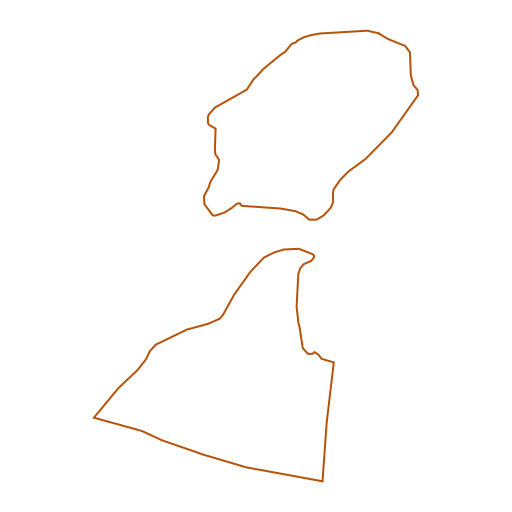 the district of Ifira, Vanuatu
{"feature_id": "77236927B32680405740537", "entity_name": "Ifira", "entity_type": "district", "adm_level": 2, "iso_a3": "VUT", "parent_name": "Vanuatu", "parent_adm1": "", "projection": "orthographic", "projection_center": [168.294, -17.753], "detail": "fine", "context": "isolated", "style": "outline", "palette": "amber", "viewbox_px": 512, "rotation_deg": 0, "n_neighbors": 0, "source": "geoboundaries", "source_scale": "gbopen_adm2", "svg_char_len": 1386}
<svg xmlns="http://www.w3.org/2000/svg" viewBox="0 0 512 512"><path d="M333.8,362.4L321.7,358.9L318.4,354.6L314.5,352.1L312.3,353.9L307.9,353.8L302.7,348.0L299.6,327.2L298.6,323.8L296.6,307.1L298.3,274.0L300.2,268.4L303.8,264.1L311.4,260.8L314.0,257.2L314.1,255.7L312.9,254.3L298.8,248.8L283.9,249.5L274.2,252.4L263.9,257.6L250.4,271.8L234.4,294.3L223.0,314.8L219.9,318.6L208.4,323.7L186.8,329.6L155.9,344.6L150.1,350.8L146.1,359.1L137.7,369.9L118.4,388.1L93.9,417.7L103.3,420.3L141.6,430.9L162.3,440.4L203.5,454.7L246.4,467.4L322.5,481.3L326.7,422.5L333.8,362.4ZM296.2,211.5L303.4,214.6L309.3,219.7L316.4,219.7L323.6,215.5L330.5,208.1L333.1,202.4L333.0,192.8L333.6,189.4L340.3,179.7L348.3,171.7L348.8,171.2L365.5,159.0L391.6,132.5L418.1,95.2L417.6,90.0L413.4,85.0L412.7,82.2L410.8,75.4L410.0,52.4L405.1,45.9L388.0,39.0L380.0,34.2L379.2,34.0L379.2,33.4L367.2,30.7L320.0,33.5L311.7,35.0L304.3,37.1L297.2,40.7L296.0,42.3L291.5,44.0L285.1,51.9L280.6,54.8L263.1,69.2L255.8,77.2L253.4,79.5L250.2,84.4L246.8,89.6L214.9,107.6L208.9,114.4L207.9,117.0L208.0,123.3L209.0,124.8L215.6,128.7L214.9,148.9L215.3,154.2L219.1,159.8L217.7,169.8L210.4,181.9L208.6,187.6L204.0,195.9L204.4,204.2L212.7,215.4L215.5,215.6L224.9,212.3L232.1,207.7L236.7,203.8L239.1,203.3L240.2,203.6L240.5,204.5L242.1,205.9L256.9,206.9L280.3,208.5L295.2,211.1L296.2,211.5Z" fill="none" stroke="#b45309" stroke-width="2"/></svg>